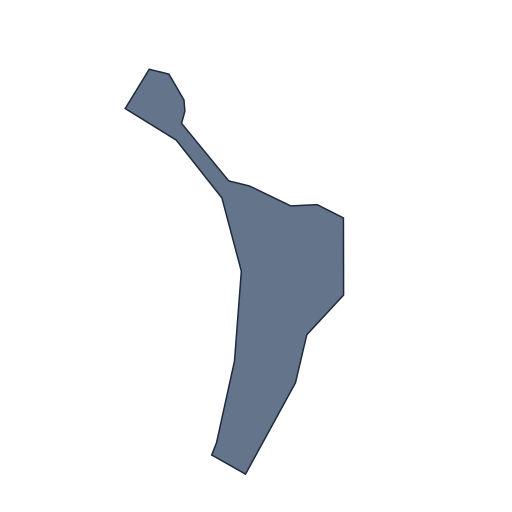 SVG path tracing the border of Podčetrtek, rotated 165°
{"feature_id": "SVN-213", "entity_name": "Podčetrtek", "entity_type": "Municipality", "adm_level": 1, "iso_a3": "SVN", "parent_name": "Slovenia", "parent_adm1": "", "projection": "albers", "projection_center": [15.593, 46.135], "detail": "fine", "context": "isolated", "style": "filled", "palette": "slate", "viewbox_px": 512, "rotation_deg": 165, "n_neighbors": 0, "source": "natural_earth", "source_scale": "10m", "svg_char_len": 442}
<svg xmlns="http://www.w3.org/2000/svg" viewBox="0 0 512 512"><g transform="rotate(165 256 256)"><path d="M350.3,75.2L342.5,85.8L304.0,160.0L274.1,245.1L273.9,320.8L303.0,388.5L344.2,432.3L310.8,464.0L293.0,454.2L285.2,425.3L287.2,414.3L293.6,403.4L262.9,335.6L244.2,325.3L209.5,295.4L183.7,289.8L161.7,270.1L181.5,195.6L227.3,166.8L250.7,123.3L322.6,48.0L349.3,74.3L350.3,75.2Z" fill="#64748b" stroke="#1e293b" stroke-width="1.5"/></g></svg>